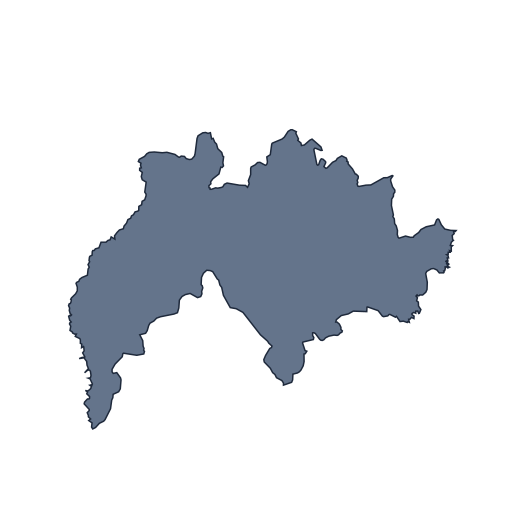 Gungu, Bandundu, Democratic Republic of the Congo (Mercator projection), rotated 167°
{"feature_id": "63176286B71176382547280", "entity_name": "Gungu", "entity_type": "district", "adm_level": 2, "iso_a3": "COD", "parent_name": "Democratic Republic of the Congo", "parent_adm1": "Bandundu", "projection": "mercator", "projection_center": [19.308, -5.768], "detail": "fine", "context": "isolated", "style": "filled", "palette": "slate", "viewbox_px": 512, "rotation_deg": 167, "n_neighbors": 0, "source": "geoboundaries", "source_scale": "gbopen_adm2", "svg_char_len": 6112}
<svg xmlns="http://www.w3.org/2000/svg" viewBox="0 0 512 512"><g transform="rotate(167 256 256)"><path d="M127.1,159.4L123.6,157.2L122.8,157.9L121.5,156.9L121.5,160.0L120.2,159.8L118.3,161.2L116.2,159.5L115.5,161.9L117.2,163.8L116.9,164.9L115.0,165.5L113.2,164.3L112.8,166.3L110.8,166.0L110.4,163.4L109.7,163.5L107.4,166.7L108.9,170.6L108.2,174.6L109.6,176.2L108.1,179.0L109.1,181.0L107.8,181.9L107.2,180.7L106.1,180.6L105.1,181.2L102.4,180.5L98.7,182.5L96.9,184.9L95.0,191.9L94.6,200.8L93.1,202.6L88.1,204.1L85.7,203.8L82.9,201.7L81.2,198.3L77.0,197.4L76.3,198.1L76.5,199.2L75.4,199.3L74.4,201.2L74.2,202.8L73.0,202.6L71.8,201.2L70.1,201.6L72.1,203.1L69.9,204.7L70.4,205.4L71.8,205.2L72.0,205.9L70.8,206.9L72.2,207.9L71.7,208.5L70.1,208.2L70.1,211.1L68.8,210.8L68.8,213.4L69.9,214.4L68.3,214.5L67.9,216.4L66.0,216.0L66.2,217.7L64.6,216.8L63.7,221.0L62.2,221.9L64.3,222.6L62.4,225.6L60.1,226.9L60.7,227.6L60.2,231.9L57.9,233.2L58.0,235.2L56.3,235.0L55.3,235.8L60.6,237.2L66.0,239.8L68.4,244.7L69.6,250.5L70.4,251.2L71.9,250.6L75.0,246.1L83.6,246.2L89.3,244.7L92.2,242.3L97.4,240.1L98.4,238.9L101.2,239.4L105.8,241.8L112.6,241.2L113.3,242.1L113.5,245.2L112.4,249.0L112.6,253.8L113.6,256.4L112.9,261.1L113.8,263.7L112.9,265.0L112.7,274.7L111.0,280.9L108.7,283.2L107.9,285.8L106.4,286.9L105.9,289.0L107.4,292.7L107.9,298.9L107.4,300.7L104.6,303.2L105.2,303.8L110.4,302.8L113.9,303.5L128.1,299.4L132.9,300.3L139.9,300.6L141.0,301.1L141.3,303.5L140.3,304.6L140.4,307.0L138.9,308.9L138.4,310.7L139.9,313.2L140.8,313.5L142.4,319.1L145.5,325.0L145.1,326.9L146.3,327.9L145.7,328.8L146.0,331.1L149.9,334.3L154.8,332.8L156.6,331.0L160.3,330.1L166.8,325.9L168.2,325.7L169.7,327.8L167.1,331.2L167.0,332.4L168.9,335.2L170.5,336.0L172.0,334.7L174.4,330.9L175.4,330.6L176.1,331.4L175.7,346.7L174.7,347.7L173.6,347.5L169.0,344.2L167.8,344.1L168.2,347.7L175.1,357.3L177.6,356.7L183.9,353.3L186.9,353.4L186.8,356.0L189.3,359.3L188.3,360.5L189.6,366.7L188.7,368.0L192.3,370.9L193.7,371.2L196.7,370.2L201.7,365.4L204.3,364.1L214.7,362.3L215.5,361.5L219.3,351.5L223.2,350.1L223.7,345.2L224.4,343.5L225.5,342.5L226.5,342.3L231.1,346.4L233.5,346.7L236.3,345.0L240.7,343.8L241.5,342.5L242.9,336.5L246.5,331.1L246.4,327.9L248.8,324.8L250.3,327.1L256.1,328.7L267.8,333.6L270.7,333.0L272.7,330.9L274.1,330.6L278.1,330.7L280.0,331.5L284.5,331.0L285.7,331.3L285.5,332.6L286.4,333.1L286.1,335.1L283.7,336.5L283.5,338.5L280.7,340.9L273.6,344.3L270.3,350.5L269.1,349.9L267.4,351.1L267.3,354.3L265.2,360.0L265.9,360.8L266.1,364.6L269.1,369.2L269.3,374.0L270.6,376.1L271.3,380.3L272.9,380.1L272.7,386.4L275.2,386.3L277.3,387.7L280.2,388.0L285.4,386.2L287.0,383.8L292.3,369.5L293.6,367.1L296.9,364.8L299.3,365.0L302.1,366.6L303.3,369.1L306.4,370.2L308.4,369.4L309.2,369.8L312.1,373.2L319.5,377.1L324.1,377.7L331.7,380.2L336.8,381.0L339.4,380.2L342.2,378.1L348.0,376.5L349.4,374.5L347.2,372.3L348.1,370.5L347.9,367.7L349.6,367.7L350.1,365.6L348.0,363.0L349.9,359.2L349.7,355.9L346.4,352.7L350.0,343.3L349.2,341.0L349.6,339.4L351.8,335.8L354.7,334.9L355.9,331.7L359.0,330.7L360.0,326.9L361.0,326.3L363.9,326.2L366.1,323.8L368.3,323.1L369.6,321.0L372.6,320.3L374.8,317.1L377.8,314.9L379.1,312.4L383.2,312.1L386.1,310.2L389.3,307.5L389.7,304.2L392.8,307.2L394.5,304.6L396.7,304.5L399.1,303.2L403.9,304.3L407.2,299.3L410.9,299.1L412.4,297.8L413.8,298.0L414.6,297.0L415.5,293.7L418.1,293.0L418.6,292.2L419.7,289.2L419.4,287.8L421.6,285.4L421.0,282.6L422.5,281.1L424.6,275.2L430.4,274.2L433.1,273.0L434.3,271.2L436.8,270.6L437.5,269.8L437.1,265.9L438.0,262.2L440.3,259.7L445.2,256.7L446.3,255.5L445.8,254.8L446.6,252.8L447.6,251.5L448.8,251.4L449.8,249.8L449.3,247.2L450.2,244.9L450.0,241.7L449.0,240.1L450.1,239.4L450.9,240.0L452.1,239.5L452.0,235.3L450.9,233.3L452.6,232.6L453.0,231.7L452.3,229.3L454.0,225.3L452.1,223.3L452.0,222.2L450.3,220.7L448.6,220.3L450.2,218.3L446.3,215.2L446.0,213.8L446.8,210.4L445.6,209.4L446.6,205.9L444.4,206.6L444.3,206.1L444.8,202.3L446.7,200.6L445.5,196.4L445.7,195.9L448.4,196.3L451.4,195.8L446.5,195.5L444.7,191.4L445.2,187.7L444.6,184.0L449.3,180.8L445.5,182.7L443.8,182.2L443.3,180.8L443.6,176.8L444.4,175.1L445.0,174.6L446.9,174.7L445.3,173.6L444.2,168.1L444.6,167.5L447.0,167.5L446.4,166.8L445.2,166.7L446.9,164.0L449.0,162.8L450.6,162.4L452.5,163.4L450.7,161.4L451.9,159.8L449.8,156.5L450.2,154.8L450.9,154.3L452.4,154.6L455.9,152.2L456.7,150.6L453.0,144.0L453.2,143.0L455.7,141.3L455.2,138.5L455.5,137.0L453.8,134.4L456.0,133.3L453.3,130.3L454.7,126.3L454.0,124.2L450.9,125.0L446.3,128.2L441.6,129.3L439.9,130.5L432.1,139.9L429.0,148.1L427.4,150.1L426.3,153.4L420.4,154.6L418.1,157.1L415.4,165.6L415.4,167.7L417.9,173.7L421.5,173.7L422.3,175.5L421.7,178.0L417.6,182.4L409.0,187.9L407.7,190.8L407.0,191.1L394.5,186.1L387.4,185.8L386.1,188.2L386.7,189.3L385.9,191.2L386.3,193.4L385.4,199.0L387.0,205.4L381.0,205.5L378.8,207.7L376.2,212.4L374.4,214.4L370.2,215.6L366.9,217.8L362.7,218.3L349.0,217.9L345.3,218.4L342.9,222.7L340.6,230.2L337.2,233.2L333.5,234.3L328.6,234.3L322.3,228.6L319.0,228.9L317.2,231.3L316.9,233.8L315.0,236.9L315.1,239.2L315.9,240.4L313.9,247.4L311.1,251.0L307.2,253.2L303.9,252.1L301.7,250.5L298.9,242.3L297.8,240.9L297.7,235.9L296.5,233.1L296.6,225.0L292.7,211.5L287.1,209.1L281.4,204.0L269.4,178.2L263.8,170.3L263.2,168.3L260.7,164.7L261.5,163.3L263.4,162.8L269.0,157.0L271.7,153.3L271.8,150.9L267.3,143.4L266.0,138.6L264.2,136.3L263.4,132.8L258.8,128.8L257.8,126.1L258.3,124.0L249.7,124.9L248.2,127.0L246.6,132.6L241.9,132.7L239.8,133.4L237.9,134.7L234.7,138.4L232.9,142.3L231.3,149.7L230.0,149.7L227.9,151.8L229.5,152.9L230.2,160.8L229.6,161.6L218.9,161.7L218.0,163.6L218.7,165.8L218.1,168.4L216.8,168.2L215.6,167.1L212.7,160.5L211.7,159.3L210.3,158.8L208.6,159.2L206.7,160.6L203.1,161.5L197.8,161.4L194.8,160.4L193.4,160.6L191.0,162.2L189.6,162.3L188.7,163.6L189.8,165.3L189.3,167.4L190.1,170.9L191.9,173.4L193.2,173.7L192.0,175.9L186.3,178.8L179.1,178.8L173.6,180.4L160.6,176.9L159.4,181.2L158.6,181.2L149.3,175.3L146.4,169.0L145.3,168.2L141.1,168.0L139.7,169.0L138.7,169.0L133.9,165.0L132.7,165.6L130.4,159.7L127.1,159.4Z" fill="#64748b" stroke="#1e293b" stroke-width="1.5"/></g></svg>